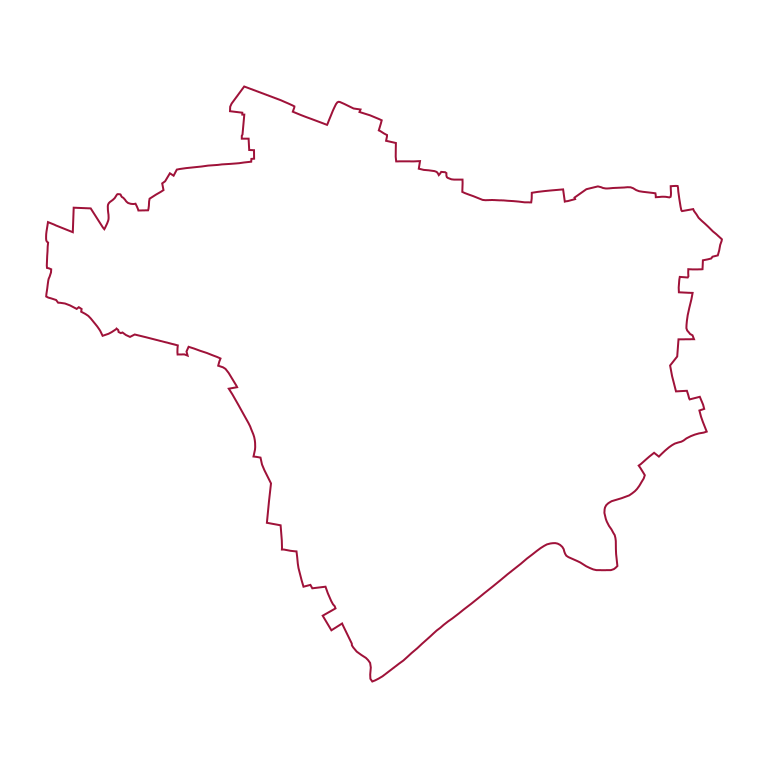 outline of My Hao, Hưng Yên, Vietnam
{"feature_id": "81297802B81471151736005", "entity_name": "My Hao", "entity_type": "district", "adm_level": 2, "iso_a3": "VNM", "parent_name": "Vietnam", "parent_adm1": "Hưng Yên", "projection": "albers", "projection_center": [106.098, 20.926], "detail": "fine", "context": "isolated", "style": "outline", "palette": "rose", "viewbox_px": 768, "rotation_deg": 0, "n_neighbors": 0, "source": "geoboundaries", "source_scale": "gbopen_adm2", "svg_char_len": 6082}
<svg xmlns="http://www.w3.org/2000/svg" viewBox="0 0 768 768"><path d="M617.4,566.0L616.1,554.0L615.9,549.1L615.8,541.0L615.4,537.9L614.7,535.1L613.4,533.0L611.4,529.3L609.0,525.9L606.8,521.6L605.8,518.9L604.4,512.9L604.6,509.4L605.0,507.5L606.2,505.2L608.3,503.2L611.6,501.2L621.6,498.2L629.2,495.4L632.1,493.4L634.9,491.2L637.0,489.0L639.4,485.7L641.5,482.1L643.7,478.5L644.8,475.2L643.0,472.2L640.2,467.7L638.7,465.6L640.9,464.0L645.4,460.0L649.3,456.6L654.1,452.8L658.9,456.6L661.6,453.9L665.1,450.6L668.9,447.4L672.0,445.2L674.8,443.6L678.2,442.5L681.3,441.7L683.6,440.5L686.4,438.4L690.7,436.2L694.8,434.6L699.0,433.4L703.7,432.6L706.7,431.6L702.9,422.0L701.0,416.6L699.4,410.5L704.2,408.9L703.1,404.7L699.8,396.8L689.7,399.4L689.1,398.3L688.2,394.8L686.9,390.8L683.0,391.0L676.0,391.4L675.0,387.5L673.6,382.0L672.1,376.2L670.1,365.5L677.2,356.5L678.5,339.3L684.6,339.3L694.0,339.2L692.5,335.3L690.1,334.0L689.1,332.7L687.2,330.5L686.4,328.2L686.5,325.1L686.9,320.8L687.7,315.2L689.3,307.9L691.4,299.3L692.6,292.9L688.9,292.8L678.9,292.3L678.7,287.6L679.3,279.7L679.8,276.9L687.7,277.5L688.4,276.3L688.2,272.9L688.3,269.2L692.6,269.4L696.8,269.4L701.5,269.3L702.5,269.2L702.7,265.5L702.9,260.3L707.6,259.4L711.2,258.5L712.5,256.7L717.8,255.4L719.2,250.4L720.2,244.9L721.6,241.0L721.9,239.3L716.1,234.0L712.9,231.4L708.3,226.8L705.0,223.7L701.6,220.7L698.6,217.8L696.5,214.4L694.0,211.0L693.2,209.1L682.0,211.1L681.4,210.4L680.6,206.9L679.3,198.8L678.3,191.6L678.0,187.6L677.6,186.0L675.7,185.9L670.7,186.2L670.8,189.3L671.0,192.9L670.9,195.2L670.6,196.8L669.4,197.4L665.6,196.8L662.3,196.7L659.0,197.0L655.8,197.2L655.7,195.1L655.4,193.3L652.4,192.9L642.9,191.8L639.1,191.2L636.2,190.1L633.1,188.2L630.6,187.3L627.4,187.2L624.2,187.5L613.0,188.0L608.8,188.4L606.0,188.5L603.0,188.0L601.1,187.2L597.9,186.4L586.4,189.2L574.5,197.6L575.1,199.1L567.7,201.1L565.9,201.3L564.8,201.6L563.1,189.4L550.4,190.5L544.3,191.1L537.6,191.9L531.8,192.8L531.7,198.5L531.2,202.4L524.4,202.3L518.8,201.6L513.3,201.1L508.0,200.8L503.4,200.4L498.8,200.3L494.9,200.1L492.2,200.0L485.4,200.2L482.6,199.9L473.4,196.2L468.9,194.6L464.9,193.1L462.3,191.9L462.6,183.0L462.5,179.6L454.1,179.6L451.4,179.3L447.8,177.9L446.9,177.2L446.4,175.7L446.4,173.1L445.1,172.2L441.2,171.9L440.1,173.6L438.8,175.1L437.8,173.2L436.6,171.9L434.5,171.1L431.5,170.7L428.6,170.3L423.8,169.9L418.8,168.7L420.0,161.1L413.7,161.4L403.6,161.3L396.2,161.4L395.7,156.8L395.8,148.1L395.9,143.0L386.1,140.8L387.0,136.3L387.0,135.0L385.7,134.4L383.9,133.4L380.3,131.1L378.8,130.4L380.9,123.4L381.7,120.3L378.9,119.0L370.0,115.3L359.5,112.0L360.5,109.5L353.6,108.5L344.2,103.9L339.9,102.0L338.6,101.8L337.4,102.3L336.0,104.1L334.2,107.8L332.9,110.6L330.8,115.8L328.9,120.4L327.6,123.8L327.0,124.9L323.5,123.5L311.2,118.9L306.0,117.0L300.8,115.0L292.8,111.7L294.3,107.5L294.4,106.4L292.7,105.5L288.1,103.4L284.6,101.9L281.0,100.3L244.2,86.5L231.6,103.6L230.2,106.7L230.0,111.2L242.3,112.7L242.3,114.6L244.3,114.6L242.5,134.5L241.8,135.8L241.8,138.7L248.6,138.7L249.2,150.0L254.0,150.2L254.1,158.7L251.4,158.9L251.3,160.4L251.2,161.7L243.9,162.5L239.1,163.2L234.1,163.6L230.2,163.9L221.9,164.4L218.0,164.9L208.1,165.6L201.7,166.5L186.2,168.1L179.8,169.0L176.8,169.6L173.6,175.7L169.9,173.3L165.1,181.3L162.2,183.4L163.5,190.1L160.7,191.9L156.0,194.6L149.6,198.7L149.1,201.5L148.9,205.6L148.5,208.8L148.1,210.3L138.4,210.5L137.9,208.9L136.8,206.3L135.5,203.7L134.0,204.0L132.7,204.0L130.7,203.8L128.1,203.0L126.6,201.8L125.9,201.0L125.1,199.8L123.3,197.8L121.9,197.0L121.1,195.8L120.9,195.2L120.5,194.5L120.0,194.3L117.8,194.1L117.0,194.5L114.7,198.1L112.8,199.9L109.8,202.1L108.7,203.3L108.0,204.8L107.8,206.3L107.9,209.8L108.2,212.7L108.5,214.8L108.6,217.8L108.5,219.3L108.2,220.6L107.2,223.3L104.9,228.2L104.3,229.2L102.9,227.5L90.7,208.4L73.7,207.7L72.8,232.2L55.8,225.4L54.4,224.7L48.0,222.1L46.5,231.5L46.2,234.1L46.1,236.5L46.1,238.8L46.3,240.5L46.9,241.6L48.1,242.6L47.7,246.5L47.5,251.6L47.2,255.8L46.8,265.5L47.0,267.9L49.1,268.4L51.2,269.3L51.0,272.4L49.6,276.7L48.7,278.7L48.3,280.4L47.8,283.9L47.2,288.8L46.4,294.0L46.2,296.5L48.3,297.6L50.9,298.3L56.1,300.0L58.1,302.7L60.2,302.8L65.0,303.5L70.0,305.4L76.7,308.9L78.8,307.2L81.6,309.0L81.2,311.7L85.3,313.9L88.3,315.9L90.8,318.5L97.2,326.4L99.3,329.4L100.4,331.2L102.6,335.8L108.5,333.8L111.7,332.1L116.1,329.2L116.5,328.6L118.2,330.0L118.6,332.0L120.8,333.1L122.5,332.5L125.9,335.0L130.0,336.9L134.7,334.5L146.2,337.3L177.8,345.4L177.5,348.5L177.4,352.1L177.6,354.5L184.4,354.4L187.6,355.6L186.5,351.5L188.6,346.8L194.2,348.6L199.9,350.7L206.9,353.0L212.4,355.2L217.2,357.0L220.5,358.5L219.3,361.6L218.2,365.7L223.0,367.3L225.5,368.9L228.7,373.0L236.5,385.9L237.1,387.2L228.8,388.7L232.4,394.4L238.5,405.1L243.2,413.6L248.5,423.1L250.2,426.5L251.0,428.7L253.3,434.3L254.2,437.1L254.8,440.2L255.1,442.9L255.2,447.1L255.0,449.6L253.5,456.5L256.6,456.9L260.5,457.6L262.0,464.5L264.4,470.2L271.0,483.4L269.0,501.2L266.9,522.8L280.6,525.3L281.8,540.4L282.0,547.5L281.9,549.5L283.7,549.5L290.5,550.8L294.9,551.3L296.5,551.4L297.2,557.2L297.8,563.6L298.5,568.1L301.7,580.6L303.5,586.7L310.4,584.9L312.3,588.3L325.5,586.7L327.8,593.2L331.2,601.0L333.0,604.3L334.7,606.2L335.5,608.4L322.7,615.7L331.4,630.3L342.1,623.5L342.7,624.9L351.8,643.6L351.9,645.3L353.2,647.4L356.7,651.6L361.4,655.0L365.9,657.9L368.0,660.0L370.1,662.9L370.8,667.5L370.2,674.6L370.4,678.8L372.3,681.5L375.1,680.4L378.6,678.6L382.5,676.3L389.7,670.8L399.1,663.6L403.4,660.5L407.4,656.9L411.5,653.1L417.3,648.2L422.2,643.6L430.4,636.3L433.4,633.5L436.7,630.5L440.3,627.8L443.5,625.0L448.1,621.4L452.4,618.4L458.4,613.8L463.6,609.6L471.3,603.7L478.9,597.6L484.4,593.1L493.1,586.2L500.8,579.9L507.5,574.3L520.8,563.8L527.0,558.5L532.4,554.4L536.7,551.0L540.6,548.1L544.1,545.9L546.9,544.4L550.3,543.5L552.6,543.2L555.2,543.1L557.6,543.6L560.1,544.9L562.3,546.9L563.7,549.2L564.3,551.6L565.1,553.7L566.3,555.7L568.4,557.1L577.4,561.1L580.3,562.5L586.1,566.2L589.6,567.9L593.2,569.4L596.3,570.1L603.5,570.2L611.0,570.1L613.9,569.1L615.6,567.8L617.4,566.0Z" fill="none" stroke="#9f1239" stroke-width="2"/></svg>